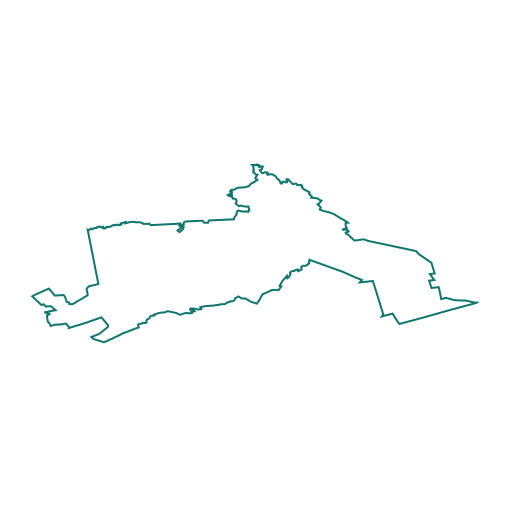 the district of Garkalnes pag., Garkalnes, Latvia, rotated 182°
{"feature_id": "27541924B31320948799196", "entity_name": "Garkalnes pag.", "entity_type": "district", "adm_level": 2, "iso_a3": "LVA", "parent_name": "Latvia", "parent_adm1": "Garkalnes", "projection": "equal_earth", "projection_center": [24.379, 57.025], "detail": "fine", "context": "isolated", "style": "outline", "palette": "teal", "viewbox_px": 512, "rotation_deg": 182, "n_neighbors": 0, "source": "geoboundaries", "source_scale": "gbopen_adm2", "svg_char_len": 6048}
<svg xmlns="http://www.w3.org/2000/svg" viewBox="0 0 512 512"><g transform="rotate(182 256 256)"><path d="M440.5,177.5L431.3,180.7L430.7,180.8L423.3,183.5L422.5,183.6L421.4,184.2L408.3,189.3L402.0,182.2L401.6,182.0L401.4,180.8L401.8,179.7L409.8,172.8L415.5,170.2L417.7,169.3L415.5,167.4L405.0,164.5L399.3,167.1L398.6,167.7L397.3,168.0L395.3,169.3L390.1,171.9L386.5,174.0L380.7,176.3L374.7,179.0L370.7,180.5L371.6,182.9L370.8,183.9L367.8,184.5L366.8,185.2L365.7,185.3L364.2,185.1L363.9,185.3L363.1,185.8L363.4,186.7L362.7,188.6L360.1,190.2L360.0,191.1L359.6,191.8L359.0,192.3L358.2,192.6L355.6,193.0L355.9,193.8L353.2,194.8L351.2,195.6L346.9,196.4L345.8,196.3L342.3,197.8L333.9,196.3L329.8,194.6L325.5,196.2L323.9,196.6L319.9,196.4L318.1,196.7L318.1,196.9L318.7,197.7L315.4,198.6L315.8,199.1L317.3,199.7L320.0,200.1L319.6,201.3L315.3,201.2L312.7,200.5L310.6,200.7L308.8,201.1L309.8,202.9L306.1,203.9L303.0,204.4L299.0,204.8L296.9,204.9L294.9,205.4L291.2,205.9L290.5,206.4L285.3,206.9L282.3,208.9L280.5,209.2L279.7,210.0L278.3,209.9L276.1,210.9L275.3,213.1L272.2,214.9L268.7,213.1L265.2,213.2L259.7,210.2L253.5,208.4L251.3,211.7L248.1,218.0L244.3,219.8L238.7,222.6L232.8,222.9L232.3,222.6L229.7,226.5L231.4,227.0L228.7,231.9L226.7,234.5L224.4,237.2L223.9,234.9L222.4,236.1L221.6,237.8L220.9,238.6L221.1,239.0L221.4,240.7L219.7,242.0L217.2,242.4L216.1,243.3L213.9,244.0L213.2,243.2L213.7,242.7L213.3,242.2L212.6,242.7L211.3,243.4L210.4,243.5L209.9,245.4L210.4,246.4L209.8,247.2L208.6,247.9L206.3,247.8L205.9,248.2L204.2,249.0L203.9,249.3L203.5,249.7L203.4,250.0L203.0,250.3L203.3,250.5L203.1,250.8L202.9,250.8L202.9,251.3L202.7,251.5L202.7,252.0L202.7,252.4L202.3,252.9L202.4,254.0L168.9,243.3L157.0,238.5L149.3,235.7L151.3,233.2L138.3,235.1L126.8,202.2L128.1,200.0L117.5,203.2L112.2,195.4L110.3,193.1L90.9,199.0L60.9,208.6L36.4,216.1L34.2,216.8L33.8,217.1L36.4,217.2L44.8,218.8L51.9,218.7L56.5,218.9L64.4,220.7L65.0,220.7L69.4,219.4L71.9,230.0L72.4,231.2L79.5,230.2L82.1,237.4L76.9,238.2L81.6,244.0L76.8,244.8L80.5,255.4L93.0,263.3L96.3,266.5L144.0,274.9L148.9,276.4L153.6,275.7L155.3,275.2L158.5,275.0L161.0,277.4L161.4,277.5L163.9,280.0L167.0,281.7L167.2,282.5L164.3,283.7L165.1,284.9L165.9,284.9L167.4,285.8L169.6,285.1L170.0,285.6L166.2,287.2L167.3,288.9L167.7,290.8L167.6,291.7L167.5,292.2L165.3,292.5L167.7,294.1L174.4,297.6L179.3,300.4L184.8,302.3L189.3,303.2L193.9,304.6L193.1,306.7L193.1,307.1L196.3,309.8L194.5,310.8L194.2,311.6L193.4,312.6L192.9,312.9L192.5,313.6L193.8,314.0L196.9,315.8L202.5,316.2L202.1,316.6L202.1,316.9L202.7,317.9L204.6,319.2L205.0,319.7L205.2,320.2L204.7,320.7L204.8,321.6L209.3,323.7L211.1,324.8L212.5,326.3L212.0,326.5L212.3,327.7L213.4,328.6L214.1,328.7L215.3,328.4L216.9,328.3L217.4,328.4L217.9,329.5L219.2,329.7L221.5,329.2L222.1,329.3L223.1,330.5L224.9,331.9L225.2,332.2L225.5,333.0L226.0,333.6L226.9,333.8L228.0,333.7L228.4,333.5L228.4,333.3L228.4,333.1L227.7,332.2L227.4,331.1L227.6,330.8L228.0,330.6L229.0,330.7L231.4,331.3L232.1,330.9L232.3,330.7L232.4,330.2L232.3,329.8L232.5,329.4L233.6,329.3L234.2,329.8L234.1,330.7L234.3,331.2L235.1,331.8L235.7,332.9L237.3,333.8L238.5,335.5L239.5,336.6L241.1,337.3L241.9,337.9L242.6,338.1L243.7,338.2L245.3,338.1L246.7,337.6L247.4,337.6L247.7,337.8L247.8,338.1L247.1,339.1L247.2,339.6L249.0,340.1L250.3,339.9L252.1,339.0L252.8,339.2L253.2,339.4L253.6,339.9L254.2,340.9L255.2,341.6L255.2,342.0L253.1,343.1L252.6,345.1L252.3,345.6L252.9,345.7L254.7,345.4L255.7,345.0L256.0,345.1L256.2,345.4L255.3,346.3L255.6,346.6L256.1,346.8L256.4,346.6L257.0,346.6L257.0,347.2L258.5,347.5L259.0,347.2L258.8,346.9L263.1,346.9L261.8,345.6L261.7,345.3L261.5,343.3L261.6,341.4L261.2,341.4L261.6,339.5L260.8,339.4L259.3,337.6L257.4,337.3L259.4,333.9L259.3,333.3L257.3,332.2L260.8,329.4L261.2,329.7L264.6,327.1L264.9,326.3L265.3,325.7L269.6,324.3L276.3,323.6L278.3,322.7L280.5,321.4L283.0,321.3L283.7,320.4L284.0,319.8L282.8,319.7L282.1,318.9L282.1,318.5L282.9,317.9L284.3,317.4L284.4,317.1L284.1,316.8L284.5,316.4L286.4,316.0L286.3,315.7L283.6,314.6L283.3,314.8L283.4,316.1L282.8,316.4L282.1,316.2L281.9,315.7L282.0,314.7L281.9,314.1L281.3,312.6L279.1,312.5L277.9,311.8L277.2,310.0L277.9,308.2L278.2,307.7L274.8,305.2L273.3,305.9L270.0,305.2L266.9,305.0L265.5,305.3L265.2,304.6L264.2,301.3L265.2,300.8L265.3,299.9L268.8,300.2L269.1,299.9L272.2,300.1L274.2,300.6L275.9,300.7L276.9,298.7L276.7,297.0L278.8,294.2L279.3,291.9L304.0,289.9L304.5,289.5L305.1,287.6L308.9,287.4L310.7,289.4L326.9,288.1L329.0,287.3L329.7,285.5L329.4,285.1L330.4,284.4L330.7,283.4L329.2,282.6L330.0,280.1L333.3,277.2L335.3,278.8L333.2,280.4L332.5,281.4L331.9,281.6L332.0,281.8L331.8,282.2L332.1,282.4L332.1,282.8L333.3,283.5L332.8,283.7L332.7,283.9L333.4,284.0L331.9,284.5L331.7,284.7L331.9,284.8L332.4,284.6L332.6,284.6L332.4,285.0L333.7,285.3L333.4,285.8L338.5,285.2L362.4,283.2L363.8,284.6L364.1,284.4L369.9,284.2L370.5,284.9L373.7,285.7L377.1,285.4L378.2,285.8L382.1,285.8L387.7,284.1L387.5,285.4L387.8,285.3L392.3,283.9L391.7,282.7L394.7,281.9L395.6,282.6L396.6,282.3L398.2,281.6L398.8,282.1L399.7,281.9L403.3,280.0L405.5,279.6L405.5,280.0L405.9,280.0L406.8,279.4L407.8,278.3L408.1,278.2L409.2,278.2L409.5,278.8L409.4,279.1L409.8,279.4L409.8,279.8L411.0,279.3L411.3,279.0L411.6,279.4L411.9,279.4L412.2,279.9L412.9,280.0L413.6,279.6L414.5,279.8L415.8,279.3L416.2,279.1L416.2,278.9L416.2,278.4L416.3,278.3L417.7,278.2L418.5,278.3L418.7,278.2L420.4,277.2L420.4,277.3L421.1,277.5L421.9,277.6L422.8,276.8L423.6,276.5L423.9,276.0L424.7,276.0L425.1,276.2L412.8,223.6L412.6,222.6L412.7,222.4L421.9,219.9L423.4,218.4L424.1,217.4L424.1,217.0L423.7,215.1L422.8,211.3L423.3,210.6L437.4,201.6L440.8,201.3L441.3,203.1L443.5,203.4L445.3,208.3L446.9,210.3L455.7,209.4L461.8,216.2L476.0,209.3L478.2,207.9L468.7,199.5L466.6,200.4L464.3,198.1L464.1,198.3L459.3,198.7L454.4,194.8L460.5,193.5L460.4,193.3L461.6,193.0L465.5,192.5L460.5,190.7L462.9,189.0L461.9,183.6L461.0,182.3L460.5,182.3L458.7,178.9L454.6,180.3L450.4,180.7L448.9,180.7L443.6,181.9L440.3,178.4L440.5,177.5Z" fill="none" stroke="#0f766e" stroke-width="2"/></g></svg>